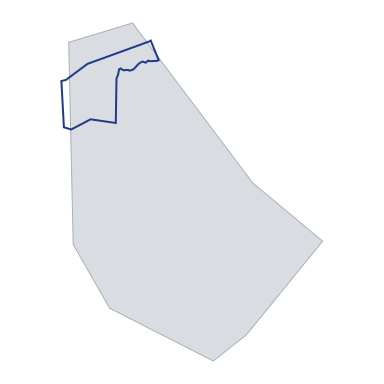 where Saint Peter sits in Barbados
{"feature_id": "BRB-1997", "entity_name": "Saint Peter", "entity_type": "Parish", "adm_level": 1, "iso_a3": "BRB", "parent_name": "Barbados", "parent_adm1": "", "projection": "robinson", "projection_center": [-59.597, 13.271], "detail": "fine", "context": "in_parent", "style": "outline", "palette": "blue", "viewbox_px": 384, "rotation_deg": 0, "n_neighbors": 0, "source": "natural_earth", "source_scale": "10m", "svg_char_len": 830}
<svg xmlns="http://www.w3.org/2000/svg" viewBox="0 0 384 384"><path d="M246.4,334.8L213.3,361.0L109.6,308.2L73.2,244.4L68.7,42.3L132.5,23.0L252.7,182.9L322.6,241.2L246.4,334.8Z" fill="#d9dde1" stroke="#a8b0b8" stroke-width="1"/><path d="M150.7,40.6L158.7,60.1L156.8,60.9L150.0,61.2L148.4,60.8L148.3,60.6L148.0,60.6L146.1,62.5L145.4,62.6L144.9,62.5L144.5,62.2L144.1,62.1L143.5,61.9L142.9,61.6L141.2,62.1L138.6,63.8L133.7,69.2L130.9,70.4L129.2,70.6L128.5,70.1L128.1,69.9L127.8,70.0L127.4,70.1L127.1,70.1L126.2,69.9L125.6,70.0L125.2,70.1L124.6,70.3L124.0,70.3L123.0,70.0L122.2,69.6L121.5,69.2L121.2,68.8L120.8,68.7L120.5,68.5L120.2,68.7L119.8,69.0L119.1,69.2L118.0,75.0L116.5,78.4L115.8,123.0L90.6,119.3L71.2,129.5L63.9,127.3L61.4,81.0L66.0,79.9L87.4,63.9L149.6,41.3L150.7,40.6Z" fill="none" stroke="#1e3a8a" stroke-width="2"/></svg>